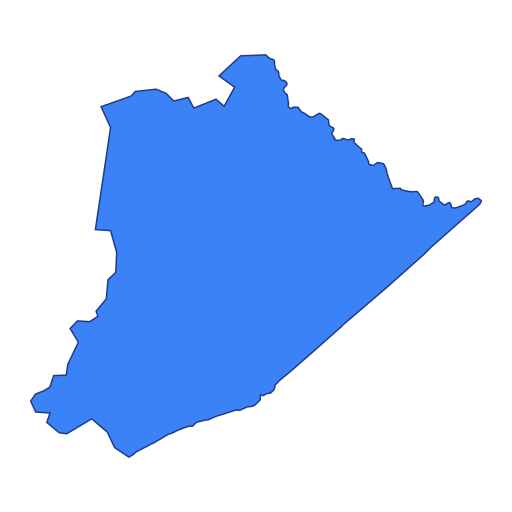 the district of Pike, Kentucky, United States of America
{"feature_id": "52423323B94553693259062", "entity_name": "Pike", "entity_type": "district", "adm_level": 2, "iso_a3": "USA", "parent_name": "United States of America", "parent_adm1": "Kentucky", "projection": "orthographic", "projection_center": [-82.303, 37.469], "detail": "fine", "context": "isolated", "style": "filled", "palette": "blue", "viewbox_px": 512, "rotation_deg": 0, "n_neighbors": 0, "source": "geoboundaries", "source_scale": "gbopen_adm2", "svg_char_len": 2600}
<svg xmlns="http://www.w3.org/2000/svg" viewBox="0 0 512 512"><path d="M131.0,96.1L101.1,106.7L110.6,127.5L95.4,229.6L110.6,230.6L116.7,252.5L115.8,272.3L108.0,279.8L106.3,298.9L96.1,311.2L97.9,316.3L89.6,321.7L77.5,320.9L70.1,328.5L78.4,342.2L67.8,364.4L66.3,375.1L53.7,375.6L49.9,387.1L43.6,390.9L35.5,394.1L30.7,401.1L35.7,412.0L50.0,413.0L46.8,422.4L59.1,432.7L66.6,433.8L91.7,418.8L107.4,432.2L114.6,447.6L128.9,457.1L133.2,454.6L135.7,452.2L137.8,451.0L148.7,445.4L150.5,444.2L153.0,443.3L157.7,440.6L162.5,437.8L162.8,437.5L168.1,434.4L169.6,434.0L174.9,431.8L175.4,431.3L183.2,428.1L189.2,426.1L192.7,426.1L195.7,423.0L197.3,422.0L205.3,420.1L208.0,419.9L215.6,416.5L234.7,410.4L236.1,410.0L240.0,410.2L247.1,406.9L252.5,406.3L255.1,404.9L260.3,399.7L260.5,394.7L263.3,395.6L266.5,393.7L270.6,393.0L273.9,389.8L274.8,387.3L275.0,385.3L275.6,384.4L276.7,383.4L279.5,380.5L289.8,372.0L311.9,352.7L342.2,325.9L342.7,325.1L387.8,286.5L424.1,254.2L431.1,247.1L479.3,204.6L481.0,202.1L481.3,200.7L478.2,198.2L474.6,199.0L472.0,201.3L471.0,201.7L468.1,200.9L467.2,201.2L465.1,204.3L464.3,204.8L456.4,207.7L455.4,208.0L452.6,207.8L451.5,207.3L450.9,204.1L449.7,202.6L448.5,202.7L446.0,204.4L443.9,204.8L439.1,201.1L438.5,198.0L437.9,197.2L435.7,196.9L434.5,198.2L434.3,199.8L434.5,201.8L428.7,205.5L427.1,205.4L424.9,206.1L423.7,205.9L423.0,205.5L422.8,203.9L423.5,201.7L423.0,199.8L417.8,192.1L416.8,191.5L411.2,191.8L408.5,191.4L401.0,189.8L400.8,188.8L400.3,188.3L392.5,188.7L387.9,176.3L387.9,175.3L387.2,174.4L386.1,168.7L384.5,165.1L383.4,163.7L377.8,162.5L374.9,164.3L373.8,165.6L368.9,164.3L368.4,161.3L364.4,153.0L362.2,152.7L361.7,151.7L361.6,149.3L357.2,145.5L354.4,142.8L353.8,141.2L354.4,139.2L351.8,138.7L351.3,138.6L351.0,139.1L348.0,140.0L342.9,138.4L342.1,138.7L341.6,139.7L341.0,139.9L337.9,140.4L335.7,140.2L334.4,139.6L334.9,138.6L331.7,133.9L331.7,133.3L332.4,132.5L333.8,129.5L333.8,128.4L332.2,127.3L329.7,126.1L328.9,124.3L328.6,120.6L328.3,119.8L320.5,113.6L319.7,113.3L317.9,114.0L313.0,117.0L310.1,117.1L303.8,112.9L301.4,111.9L298.0,107.3L293.0,107.2L292.0,108.6L289.9,107.9L288.3,107.0L288.1,105.6L288.5,104.8L288.3,101.4L288.1,101.2L287.3,95.3L287.2,94.7L286.3,94.2L284.2,91.9L283.4,89.8L283.9,87.9L286.6,85.3L287.0,83.4L286.2,82.1L284.5,80.6L281.7,80.2L280.8,79.5L278.8,75.3L278.6,72.3L278.2,71.3L275.6,69.2L274.6,64.7L274.4,60.7L274.0,60.2L273.6,59.7L269.4,58.3L265.8,54.9L240.7,55.8L219.0,75.9L234.6,87.2L224.2,106.3L216.0,99.2L193.8,108.1L188.1,97.4L173.8,101.0L166.2,93.4L156.1,89.2L135.2,91.5L131.0,96.1Z" fill="#3b82f6" stroke="#1e3a8a" stroke-width="1.5"/></svg>